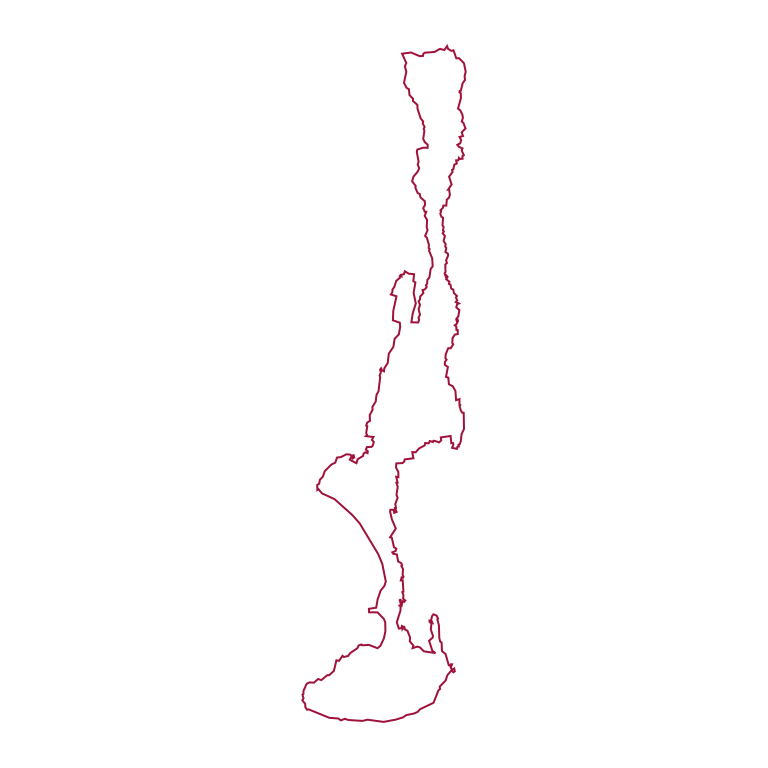 the district of Badung, Bali, Indonesia
{"feature_id": "22746128B76986430159502", "entity_name": "Badung", "entity_type": "district", "adm_level": 2, "iso_a3": "IDN", "parent_name": "Indonesia", "parent_adm1": "Bali", "projection": "robinson", "projection_center": [115.186, -8.545], "detail": "fine", "context": "isolated", "style": "outline", "palette": "rose", "viewbox_px": 768, "rotation_deg": 0, "n_neighbors": 0, "source": "geoboundaries", "source_scale": "gbopen_adm2", "svg_char_len": 6095}
<svg xmlns="http://www.w3.org/2000/svg" viewBox="0 0 768 768"><path d="M465.5,128.4L463.3,122.7L461.8,121.6L462.9,117.7L462.4,114.6L460.3,110.4L458.0,108.6L460.9,98.2L460.8,93.3L459.5,92.3L459.7,91.0L460.8,90.8L462.7,83.1L465.0,80.0L464.6,76.2L465.7,71.8L464.0,63.3L459.1,58.2L456.3,58.3L453.5,50.3L451.4,50.9L448.0,48.8L447.1,46.1L444.4,50.0L439.9,48.9L434.4,52.0L424.9,52.7L423.4,53.7L422.9,56.0L419.6,56.1L410.9,52.5L402.1,53.7L406.3,63.0L404.9,66.3L406.3,71.8L404.0,82.8L406.5,87.8L408.9,89.2L409.5,95.1L413.0,98.7L413.0,101.0L417.4,104.9L417.5,108.7L420.7,118.5L423.2,121.5L422.7,123.5L424.6,126.9L423.7,128.8L424.4,130.9L423.2,138.9L424.8,142.1L427.7,144.7L427.6,147.8L423.0,147.7L417.3,149.6L416.8,151.9L418.6,161.7L417.7,164.8L419.2,168.0L417.8,171.5L413.5,176.6L412.1,181.3L415.7,186.0L415.4,187.8L417.7,193.1L419.7,193.9L420.5,197.4L424.8,201.2L425.0,205.0L423.2,208.1L424.8,211.7L426.2,211.8L424.7,215.9L427.1,219.9L426.7,227.3L427.6,230.1L425.1,235.9L426.9,237.7L428.9,244.8L428.7,248.0L429.7,249.1L429.0,250.6L432.2,258.3L432.7,266.4L430.7,268.8L429.4,277.4L427.4,279.9L427.1,283.8L425.9,285.3L426.7,287.0L424.7,289.5L422.5,290.1L423.4,293.0L420.2,296.5L420.0,299.5L418.6,301.2L420.0,304.8L418.6,309.1L420.0,314.7L418.5,317.9L419.2,319.7L418.1,322.5L411.4,322.3L412.7,313.5L415.8,303.5L413.6,292.9L415.4,282.5L413.3,281.1L414.1,274.2L408.8,273.7L404.8,271.3L404.0,274.2L400.8,274.9L401.5,276.5L399.8,276.3L400.0,277.7L396.2,280.9L394.3,287.0L392.5,289.4L392.4,292.1L390.9,294.5L396.5,296.3L393.3,310.8L392.9,320.3L399.8,322.7L400.2,326.9L398.8,334.4L394.6,338.8L393.4,346.8L388.8,353.7L387.7,363.1L384.3,368.3L384.0,371.3L382.1,370.4L381.1,368.3L380.1,369.6L380.9,372.3L379.6,375.4L380.2,377.2L378.5,391.3L376.5,394.8L375.7,401.6L372.4,406.9L372.6,409.8L369.7,415.1L370.0,420.8L367.2,422.6L366.2,425.6L367.3,426.1L366.2,432.8L367.0,435.1L365.9,436.1L373.5,437.0L371.9,439.9L373.8,441.9L372.7,445.8L371.5,446.9L366.9,447.1L365.9,449.7L367.8,451.3L367.5,453.1L365.3,452.3L363.6,453.5L363.1,455.9L357.7,459.2L356.4,463.2L349.8,459.7L351.0,457.4L352.1,457.1L352.7,458.5L354.2,457.5L353.6,455.2L351.4,455.8L350.3,454.6L346.3,454.3L340.9,457.1L337.1,457.5L335.2,462.7L331.3,464.6L324.8,471.1L322.9,476.6L319.8,479.9L319.2,483.7L317.2,485.0L317.4,489.9L318.4,489.1L322.0,493.4L334.5,499.1L352.2,514.9L359.7,523.4L378.2,554.1L382.3,563.9L385.8,581.5L384.4,585.9L380.7,590.5L377.6,599.4L376.2,607.7L368.9,608.8L369.1,612.3L377.6,612.4L383.8,618.9L385.2,622.0L385.4,631.1L383.9,638.4L380.4,645.9L377.5,648.2L368.9,644.9L362.1,645.3L361.5,644.5L358.7,645.4L357.3,648.3L350.3,653.0L348.1,656.0L343.8,657.0L342.5,655.8L339.1,660.8L336.4,660.3L333.9,670.9L329.2,675.2L327.3,675.2L321.3,680.1L318.1,679.0L313.9,682.7L309.5,682.4L306.7,683.7L303.5,690.8L303.4,694.1L302.5,694.8L303.5,698.4L302.3,700.2L305.2,703.9L305.3,706.9L307.0,709.7L308.7,709.4L329.3,717.8L338.4,718.5L340.8,720.4L344.9,718.8L348.4,720.0L362.5,720.9L367.5,719.7L383.6,721.9L395.8,719.6L403.0,717.4L406.3,715.1L414.0,713.5L417.7,711.9L419.9,709.3L433.5,702.8L438.4,690.4L440.1,688.9L439.7,686.6L445.6,680.6L447.3,675.3L451.4,670.4L453.4,672.3L454.8,671.3L454.2,668.5L452.1,669.7L450.7,667.6L452.1,664.3L450.8,664.3L450.4,665.8L448.8,665.3L445.5,653.9L442.0,651.1L441.6,642.6L440.2,641.6L439.3,638.1L438.9,625.2L437.3,619.4L438.1,618.6L436.6,615.6L433.4,614.3L432.0,616.3L431.2,619.9L432.5,623.2L431.5,623.0L430.8,629.5L433.0,636.0L432.6,637.7L429.1,640.7L432.3,650.7L435.5,653.1L423.8,651.3L420.2,647.6L417.5,646.6L412.6,648.1L413.4,645.5L409.8,641.4L410.1,637.5L407.4,630.7L405.0,629.5L404.4,627.3L402.8,628.9L403.2,626.7L401.9,626.0L401.6,628.2L398.9,628.6L396.8,622.2L400.5,610.5L400.5,605.9L399.6,605.6L401.0,604.4L399.7,600.2L400.0,599.8L401.4,599.8L399.9,600.3L401.8,604.7L402.6,601.2L404.2,601.9L405.3,600.5L403.2,598.8L403.4,595.0L402.3,592.1L403.4,591.7L402.7,580.3L400.8,580.4L401.6,577.4L402.9,577.8L403.5,576.6L402.6,575.0L403.0,569.0L401.4,566.0L402.1,565.5L401.3,563.2L398.1,561.4L396.9,554.5L393.1,553.7L392.3,552.3L395.6,551.0L396.3,548.7L394.0,547.2L391.8,537.7L390.1,537.3L395.8,528.5L391.9,519.4L390.1,511.6L390.4,509.8L391.8,509.7L393.7,509.9L394.2,512.8L396.6,511.9L394.9,508.1L396.0,507.9L395.3,504.1L397.6,497.7L396.5,494.8L397.7,486.8L396.4,482.7L397.6,482.6L396.2,476.8L398.4,477.2L398.3,471.8L396.0,467.6L396.3,463.4L402.4,463.1L404.2,461.7L404.7,459.4L413.4,458.3L412.3,452.1L415.6,452.3L419.1,448.4L424.7,445.4L425.2,443.0L428.7,443.3L429.8,441.0L432.9,442.0L433.4,440.8L434.9,440.9L439.0,442.4L441.2,440.5L440.8,437.4L450.6,436.0L451.3,443.2L453.0,443.0L453.4,444.6L452.1,447.8L456.9,448.9L457.4,446.8L458.9,446.5L458.5,444.7L459.8,444.1L460.8,441.2L461.6,434.0L464.0,429.0L463.7,412.8L462.2,412.7L460.9,410.7L459.5,405.4L460.2,404.9L459.4,404.0L459.5,399.1L456.1,400.2L455.4,390.9L452.8,386.3L448.9,384.2L448.3,377.6L446.0,376.9L447.9,367.0L444.9,364.9L444.8,362.1L446.6,359.7L445.4,358.2L445.7,354.4L448.2,348.2L450.7,348.3L453.2,344.3L452.3,343.0L452.6,337.9L454.9,334.6L457.8,334.1L457.7,330.1L456.4,329.9L456.3,326.5L454.8,325.3L456.7,323.9L458.0,320.9L457.6,319.5L456.6,320.6L456.2,319.1L458.3,316.3L459.4,310.0L456.3,307.4L457.1,304.2L458.8,303.5L455.8,302.0L457.2,300.4L455.9,297.5L457.0,296.0L453.9,293.1L453.3,289.6L451.2,288.5L450.4,284.5L448.9,283.9L449.4,281.7L446.2,279.2L447.6,276.9L446.6,275.7L446.0,277.1L444.6,273.4L445.5,272.0L445.3,264.5L446.9,263.1L446.1,260.3L448.1,255.6L448.0,253.8L445.4,252.0L446.3,248.0L445.2,246.5L445.7,244.3L443.6,240.9L444.9,235.9L442.7,233.3L443.9,231.5L443.0,230.6L443.6,226.9L442.5,225.4L443.1,217.8L441.4,216.7L440.3,213.9L441.1,211.1L440.5,210.4L443.0,207.7L443.3,205.6L446.3,205.6L446.8,199.7L449.0,197.6L449.9,194.8L449.1,189.5L448.1,189.6L451.6,184.5L449.1,176.7L452.6,171.9L452.1,169.9L453.4,169.2L454.3,164.7L456.8,163.5L456.1,160.4L458.3,160.3L458.9,157.9L460.0,159.0L462.6,158.7L462.4,156.2L463.8,155.2L461.7,150.5L462.5,148.4L459.0,146.9L457.3,144.8L460.1,143.4L461.2,140.1L459.5,137.0L463.0,136.0L461.7,132.4L465.5,128.4ZM431.2,623.2L429.7,621.6L429.3,619.6L429.6,621.9L431.2,623.2Z" fill="none" stroke="#9f1239" stroke-width="2"/></svg>